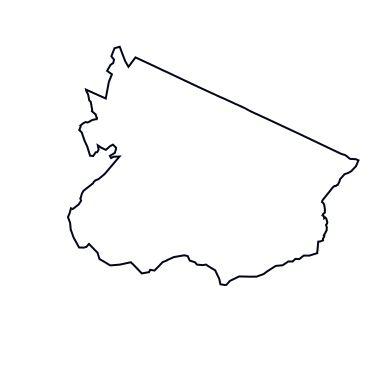 the district of Ikorodu, Lagos, Nigeria, rotated 25°
{"feature_id": "59680162B53104406185271", "entity_name": "Ikorodu", "entity_type": "district", "adm_level": 2, "iso_a3": "NGA", "parent_name": "Nigeria", "parent_adm1": "Lagos", "projection": "robinson", "projection_center": [3.567, 6.6], "detail": "fine", "context": "isolated", "style": "outline", "palette": "ink", "viewbox_px": 384, "rotation_deg": 25, "n_neighbors": 0, "source": "geoboundaries", "source_scale": "gbopen_adm2", "svg_char_len": 2849}
<svg xmlns="http://www.w3.org/2000/svg" viewBox="0 0 384 384"><g transform="rotate(25 192 192)"><path d="M65.1,90.9L61.0,94.5L61.6,103.1L65.4,105.0L66.1,108.3L64.4,111.3L63.9,118.1L69.7,119.2L70.1,127.3L74.3,143.7L62.1,143.9L53.0,144.0L52.7,144.0L53.7,145.3L56.6,147.5L60.2,152.4L62.1,153.1L66.9,159.8L67.1,161.1L71.9,162.4L73.7,164.5L73.9,164.7L74.6,165.0L74.9,166.3L74.0,166.7L71.2,168.9L69.3,171.5L68.0,173.1L66.1,173.6L65.5,174.2L64.5,175.5L62.7,179.0L63.1,179.4L63.5,180.0L63.5,181.2L63.5,182.0L63.8,182.7L63.6,183.4L63.6,183.5L66.9,184.6L73.0,191.0L77.8,195.0L84.3,202.2L87.3,201.1L87.5,199.8L87.9,196.8L89.3,195.9L89.5,193.1L87.5,190.3L86.9,189.5L88.3,189.7L90.6,190.2L96.1,190.2L97.6,186.9L98.2,185.4L98.8,184.5L100.3,182.5L102.9,183.4L104.1,183.8L104.7,184.2L105.6,189.0L102.3,194.0L104.4,195.4L106.1,193.1L111.3,190.5L105.3,212.5L101.8,219.9L99.6,222.2L98.7,224.4L98.6,226.1L94.5,234.0L93.1,237.0L92.9,240.2L93.7,244.7L93.5,245.0L95.2,246.8L94.6,251.0L91.2,257.8L89.2,257.9L90.1,263.2L90.2,267.2L94.5,271.4L97.9,277.2L103.9,283.3L113.1,290.0L117.5,288.1L119.5,286.3L120.6,282.6L122.4,283.3L132.1,287.0L136.5,291.9L138.3,292.0L142.6,292.4L148.9,293.1L155.2,289.5L157.5,288.2L163.1,283.9L166.3,281.5L168.2,282.2L169.3,282.5L180.9,287.0L186.9,282.8L187.0,280.2L191.2,279.0L193.4,272.9L195.0,268.0L198.1,264.7L198.3,264.2L203.0,258.7L211.8,252.6L215.2,251.9L219.0,255.1L224.4,254.4L225.8,255.1L227.3,255.7L232.7,253.7L235.3,251.9L240.4,252.6L246.2,253.2L247.4,254.3L253.4,259.2L255.1,261.4L256.7,263.6L261.2,262.4L262.4,261.6L263.9,256.6L270.4,248.6L279.3,244.7L286.3,241.4L291.6,236.1L293.6,232.3L299.1,223.6L305.1,220.1L308.7,214.2L312.5,212.5L314.0,208.9L317.6,207.5L320.1,202.4L325.2,200.1L331.3,194.5L327.4,183.6L329.2,182.6L331.2,180.4L330.4,178.9L330.6,177.7L330.5,177.2L330.7,176.7L330.6,175.9L330.2,175.6L329.8,175.5L329.9,175.0L330.0,174.6L329.9,174.1L330.0,173.3L330.2,172.5L330.1,171.8L330.0,171.4L330.1,170.8L330.2,170.5L330.3,170.0L330.0,169.4L329.5,167.9L329.1,167.0L328.7,166.7L327.4,165.1L327.6,164.0L327.7,163.3L327.5,162.7L327.3,162.0L326.3,161.0L325.2,159.6L324.5,159.1L323.5,158.8L322.9,160.0L322.1,158.7L321.9,158.5L321.3,158.1L320.2,158.1L320.3,156.1L321.1,154.5L319.7,151.4L317.4,148.0L315.9,146.6L314.1,146.2L313.8,144.7L314.0,143.3L316.6,132.9L317.5,128.8L318.5,126.4L319.8,125.9L320.2,124.7L321.0,124.2L321.2,120.1L320.8,117.8L322.8,111.3L325.4,108.8L327.5,105.9L329.7,99.4L329.5,93.0L326.7,93.0L322.7,94.6L321.4,95.1L320.7,95.1L317.7,94.3L315.0,93.8L311.5,94.4L300.5,94.3L260.4,94.0L246.1,94.0L228.7,94.0L212.1,94.1L210.5,94.0L208.4,94.0L207.6,93.9L207.0,93.9L206.6,93.8L205.4,93.7L202.3,93.7L193.4,93.8L189.1,93.8L179.0,93.9L178.3,94.0L178.1,94.0L154.7,94.1L148.6,94.1L133.3,94.0L118.4,93.9L115.0,94.0L106.5,93.9L83.9,93.9L81.5,105.4L76.2,101.7L65.1,90.9Z" fill="none" stroke="#020617" stroke-width="2"/></g></svg>